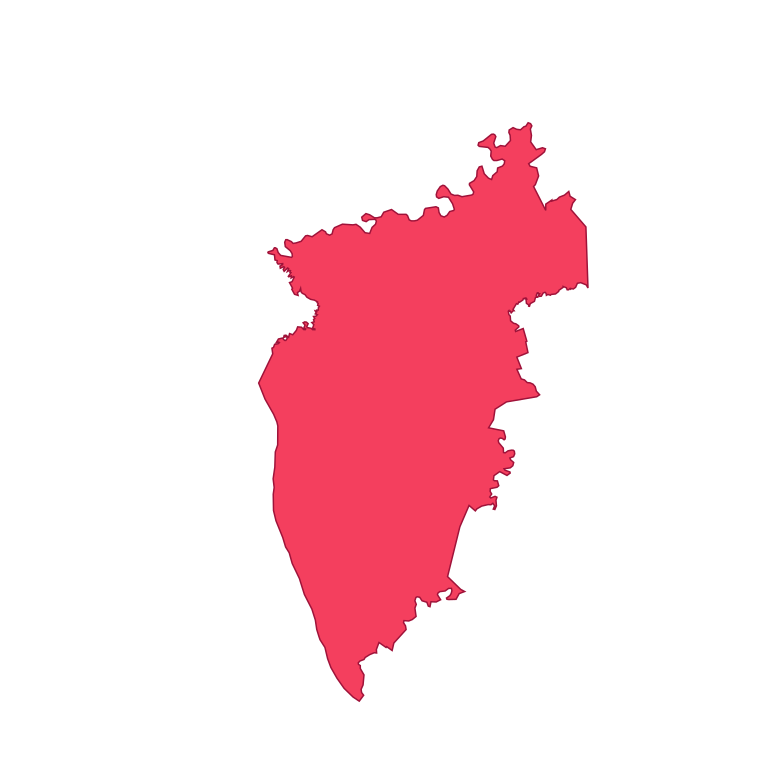 outline of Uthungulu, KwaZulu-Natal, South Africa, rotated 115°
{"feature_id": "47623444B51210648784187", "entity_name": "Uthungulu", "entity_type": "district", "adm_level": 2, "iso_a3": "ZAF", "parent_name": "South Africa", "parent_adm1": "KwaZulu-Natal", "projection": "robinson", "projection_center": [31.342, -28.763], "detail": "fine", "context": "isolated", "style": "filled", "palette": "rose", "viewbox_px": 768, "rotation_deg": 115, "n_neighbors": 0, "source": "geoboundaries", "source_scale": "gbopen_adm2", "svg_char_len": 6161}
<svg xmlns="http://www.w3.org/2000/svg" viewBox="0 0 768 768"><g transform="rotate(115 384 384)"><path d="M436.1,498.0L448.0,485.4L458.1,471.2L463.6,465.1L466.9,462.5L484.2,454.6L491.5,453.8L505.5,447.8L516.8,444.4L524.2,439.8L530.7,437.8L545.3,430.7L553.6,424.1L565.9,410.9L573.3,404.3L577.0,398.6L585.5,391.3L596.0,378.5L608.4,367.2L618.5,354.2L626.9,346.5L634.9,341.2L640.2,336.4L642.8,333.9L647.7,326.2L656.8,319.0L663.4,312.3L670.5,302.3L676.7,291.5L680.8,279.7L681.9,272.4L674.7,270.9L673.1,273.9L670.4,275.7L665.6,275.8L656.1,279.2L651.9,285.2L649.2,286.5L648.9,288.6L647.6,289.5L645.2,288.7L642.1,285.7L639.8,285.5L635.2,282.5L631.7,279.3L630.9,277.0L627.9,278.7L620.4,279.3L621.9,270.8L620.9,270.6L622.1,264.0L614.6,265.6L597.2,260.2L594.1,262.3L592.1,265.4L590.0,265.9L588.3,261.4L585.5,258.8L581.1,256.7L574.0,261.3L570.1,261.6L567.4,264.4L564.0,264.9L562.8,264.0L562.2,261.5L564.4,257.9L563.7,252.9L566.6,250.0L566.4,248.2L561.5,249.4L559.5,244.6L555.6,241.5L552.4,246.5L550.9,246.8L548.7,245.8L545.7,241.1L542.0,239.1L540.7,236.5L542.7,235.1L545.4,234.6L547.9,234.8L551.6,236.9L552.5,236.0L552.0,234.3L548.7,227.7L542.2,227.3L538.0,223.2L537.7,227.8L531.7,245.0L481.3,254.9L458.1,255.6L460.4,247.6L457.8,247.0L453.4,243.9L449.3,238.7L448.2,236.0L446.1,234.9L447.7,232.2L451.2,232.1L450.9,230.5L446.9,230.6L442.0,233.4L438.9,233.8L438.9,235.9L442.2,239.1L441.7,240.5L438.2,239.9L436.4,242.5L433.9,243.4L429.8,237.9L427.7,237.0L423.9,240.3L425.0,243.1L424.7,244.3L420.6,245.6L414.5,242.1L414.9,233.9L411.4,232.0L410.5,232.7L411.0,237.9L410.1,239.4L406.6,234.1L403.6,232.7L400.3,233.3L399.2,237.2L397.9,238.7L395.1,235.9L392.1,236.0L389.8,237.5L389.4,238.8L390.0,240.4L392.1,243.3L395.2,245.1L395.6,246.7L391.7,248.8L388.7,255.2L387.1,256.5L384.9,256.6L383.8,255.7L383.3,253.8L383.8,251.6L382.7,251.0L380.6,251.6L375.9,255.7L379.5,270.7L370.1,269.7L359.9,272.7L348.4,265.4L331.0,240.2L328.0,238.4L326.1,242.9L322.6,245.8L321.2,248.8L321.2,252.0L322.2,254.8L320.9,258.4L321.4,261.8L314.5,269.8L312.0,266.0L303.5,275.0L294.7,266.8L285.9,273.4L284.9,272.6L274.9,281.3L280.8,286.9L279.7,287.8L275.2,285.9L274.3,286.6L273.7,290.0L274.2,292.2L273.2,296.0L269.1,298.3L268.3,300.2L265.5,302.1L264.6,301.8L265.2,301.2L264.6,300.3L265.8,298.8L263.0,297.9L262.6,297.1L261.8,298.6L255.2,297.9L255.1,296.5L252.6,296.4L252.6,295.7L249.1,293.6L247.6,293.8L247.3,292.5L246.4,292.5L246.1,291.2L246.8,290.4L247.4,291.0L250.7,289.0L251.2,286.2L252.3,285.8L252.1,285.0L249.3,285.4L245.5,282.6L241.4,283.3L240.5,281.6L239.3,283.5L236.6,283.6L236.2,282.8L237.0,282.3L236.4,281.1L239.1,281.3L238.9,280.1L237.9,278.5L234.3,278.2L232.8,276.8L233.3,275.5L235.0,274.3L233.6,273.3L233.2,270.7L232.2,270.4L229.9,266.6L226.3,264.8L225.2,265.1L220.7,262.5L219.9,262.9L219.7,259.4L221.2,257.8L220.6,256.5L218.7,255.7L219.2,254.9L218.3,254.4L217.9,252.6L215.4,251.2L211.0,251.3L209.0,248.5L208.7,242.6L210.8,239.7L156.3,267.4L146.8,288.5L140.5,289.4L136.0,288.4L135.2,294.7L131.4,297.9L136.6,300.3L140.5,304.0L143.8,305.3L147.4,309.4L146.4,309.7L152.6,313.4L158.3,310.8L141.8,331.9L139.4,331.1L130.1,331.8L123.6,337.0L124.9,343.6L123.2,346.0L109.2,338.2L105.7,336.7L102.6,337.1L102.9,340.2L107.3,345.1L102.6,353.4L96.4,355.4L91.1,359.1L87.6,359.1L86.1,361.2L86.3,363.8L90.4,364.4L91.7,365.9L95.9,367.7L97.1,371.4L97.1,375.4L100.9,377.9L103.3,377.1L105.3,374.8L109.9,372.3L117.3,374.6L118.7,379.2L122.1,381.7L122.3,383.4L119.3,386.4L112.5,387.2L111.3,389.0L111.3,390.5L112.3,392.1L121.8,396.8L125.2,400.1L127.8,399.7L128.4,398.1L125.6,389.7L126.3,387.3L127.6,385.3L132.3,383.6L134.6,380.6L135.0,378.8L133.8,376.2L130.2,372.0L130.6,369.0L133.5,368.1L136.4,368.7L140.2,372.3L143.8,371.1L149.2,373.5L153.2,372.9L153.3,376.3L151.1,382.0L145.2,387.3L147.0,389.4L151.4,389.7L156.8,387.6L161.6,388.3L166.0,391.3L167.4,390.8L172.0,383.9L174.3,383.5L175.7,384.4L181.3,392.5L181.7,396.8L183.3,399.8L183.5,403.6L180.3,408.5L178.7,412.9L179.0,414.6L181.3,416.4L186.6,417.3L190.3,416.7L192.2,415.4L192.6,412.8L189.0,409.0L187.5,404.5L191.7,398.0L195.9,394.1L197.3,394.2L199.9,397.3L204.4,398.1L207.2,400.0L207.5,403.6L205.3,406.6L201.4,409.2L201.4,411.8L207.3,420.6L208.8,421.0L214.6,419.6L221.5,423.0L223.3,425.4L224.6,428.2L224.6,430.5L221.4,433.9L220.9,435.7L224.2,442.8L222.7,450.9L228.4,456.8L233.6,457.2L236.3,460.5L237.4,462.8L236.7,468.6L237.2,472.4L242.2,474.7L244.8,472.6L244.4,468.8L241.4,467.1L238.9,462.4L238.6,461.0L239.8,459.7L242.8,459.2L247.1,461.0L253.6,460.6L254.9,465.1L251.9,471.8L251.1,476.8L252.9,479.4L256.7,489.2L263.2,494.9L265.7,495.3L269.9,494.5L272.1,496.2L272.2,499.7L270.8,501.3L270.4,505.4L280.9,511.4L281.7,516.1L282.9,517.7L289.7,519.4L293.3,523.3L295.0,525.8L294.1,528.1L294.1,532.8L294.7,534.0L297.5,533.9L301.2,531.5L302.8,525.3L304.7,522.4L307.1,521.0L308.3,521.3L311.1,532.0L309.6,535.4L306.6,538.3L306.5,540.2L306.9,540.9L309.9,541.2L313.2,544.8L314.1,544.7L314.4,543.7L313.2,537.9L317.7,535.2L317.3,532.9L319.2,532.3L320.1,530.7L317.7,526.7L318.7,526.3L321.1,528.1L322.9,526.9L320.0,524.4L320.3,523.5L322.9,523.7L324.1,522.1L319.6,520.4L319.7,519.2L322.9,519.1L321.1,517.8L320.8,516.7L322.4,516.6L322.4,515.4L326.9,516.2L327.1,515.6L325.1,513.7L327.2,513.0L324.9,511.4L325.0,510.5L330.2,510.6L332.0,512.5L335.8,507.4L337.1,507.6L340.5,503.0L340.0,499.3L337.8,501.1L335.6,499.8L332.6,500.0L335.5,498.1L336.3,496.5L336.4,493.3L337.9,490.6L338.3,486.3L337.4,482.5L337.7,479.0L338.5,479.0L338.8,477.7L340.8,477.4L340.8,475.4L342.7,475.7L344.7,474.8L345.5,476.3L346.6,475.6L346.8,477.3L348.3,475.5L349.5,475.9L349.4,473.7L351.3,474.4L352.6,476.4L353.9,474.4L355.4,475.1L357.1,473.5L358.8,475.4L359.9,472.7L363.6,472.3L363.3,469.9L364.0,469.6L364.9,471.7L364.3,473.4L365.2,477.2L364.7,478.2L361.4,478.2L360.7,480.4L361.2,482.1L362.7,483.2L364.0,480.5L367.1,480.3L367.2,478.2L368.0,478.3L368.6,479.8L367.4,482.8L368.7,486.4L372.4,486.1L377.9,487.5L378.2,490.9L382.0,490.2L381.2,493.5L382.2,495.0L384.2,494.6L382.5,492.9L382.7,491.6L383.8,491.0L386.0,491.4L386.5,492.5L385.3,495.5L387.8,498.7L391.8,499.1L390.5,497.2L390.7,496.3L392.3,497.0L394.3,499.9L397.6,499.6L398.9,500.7L403.7,497.6L436.1,498.0Z" fill="#f43f5e" stroke="#9f1239" stroke-width="1.5"/></g></svg>